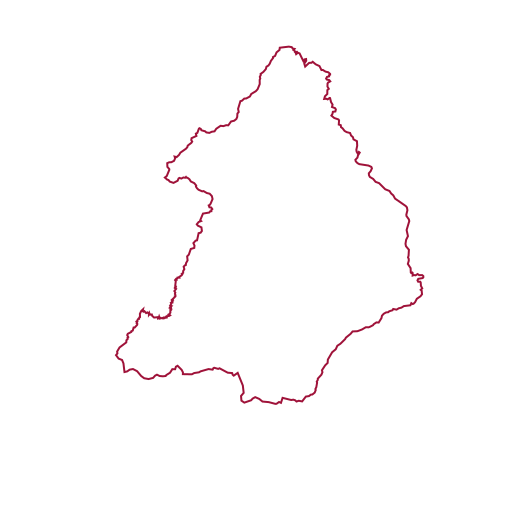 the district of La Unión, Antioquia, Colombia, rotated 229°
{"feature_id": "7082276B25571506538926", "entity_name": "La Unión", "entity_type": "district", "adm_level": 2, "iso_a3": "COL", "parent_name": "Colombia", "parent_adm1": "Antioquia", "projection": "orthographic", "projection_center": [-75.352, 5.952], "detail": "fine", "context": "isolated", "style": "outline", "palette": "rose", "viewbox_px": 512, "rotation_deg": 229, "n_neighbors": 0, "source": "geoboundaries", "source_scale": "gbopen_adm2", "svg_char_len": 6150}
<svg xmlns="http://www.w3.org/2000/svg" viewBox="0 0 512 512"><g transform="rotate(229 256 256)"><path d="M392.5,418.1L397.6,410.6L396.1,408.9L396.2,405.1L394.5,401.7L395.0,399.3L394.2,398.7L393.5,395.3L392.1,392.5L391.6,390.3L392.0,388.1L390.6,386.0L390.1,382.3L390.4,378.9L389.5,378.4L388.7,376.4L387.2,375.7L386.5,374.3L383.3,371.6L380.8,366.6L380.5,364.0L381.4,358.8L380.4,356.0L381.3,352.0L382.5,350.4L382.4,347.2L383.1,345.8L378.8,339.0L376.0,337.4L375.7,335.4L373.3,333.1L372.3,331.1L372.4,328.3L373.9,325.4L372.8,320.8L374.3,319.3L375.4,316.6L377.5,314.7L378.1,309.5L377.3,306.5L378.8,304.1L379.5,301.6L381.8,299.6L383.5,299.4L386.7,297.3L388.1,297.7L389.5,297.2L389.6,296.5L387.4,292.5L387.8,290.9L385.7,289.8L387.2,284.7L386.0,283.2L384.2,282.9L383.8,281.4L384.1,276.9L383.2,275.6L382.9,273.6L383.6,266.7L382.8,264.3L382.7,261.0L384.4,259.8L382.8,259.1L381.6,256.6L382.3,253.7L383.7,251.9L384.3,249.9L381.4,247.6L378.6,247.6L377.9,247.1L374.9,241.1L375.0,238.7L371.8,239.1L370.8,239.8L368.8,239.7L365.3,241.7L364.2,246.2L365.3,248.4L365.2,249.4L363.4,250.5L362.9,252.7L361.5,253.9L361.6,255.0L360.8,254.9L360.0,255.6L357.7,256.1L355.0,255.7L351.5,257.2L348.4,257.1L347.8,256.2L345.7,255.9L343.7,256.1L340.1,257.8L339.4,259.0L335.8,260.2L333.4,261.9L330.2,262.0L327.5,260.6L325.3,256.1L324.9,254.6L325.2,253.5L323.3,252.8L322.0,254.0L320.1,253.8L320.0,252.5L319.1,251.7L319.8,250.7L319.5,249.2L322.8,243.8L319.6,237.4L318.4,237.5L319.3,235.0L318.8,232.1L317.1,232.0L313.4,233.6L310.4,231.6L309.9,229.5L310.9,227.7L306.5,221.8L307.2,220.5L306.8,217.2L304.2,216.4L302.6,214.7L304.1,211.4L301.1,206.2L300.9,203.8L297.6,201.5L296.5,198.5L295.2,197.0L295.6,196.2L295.4,194.4L293.1,193.3L292.4,191.1L291.1,190.0L291.2,188.3L290.5,188.3L290.2,187.2L290.6,184.1L290.0,183.9L291.2,182.6L290.8,182.1L291.1,181.2L290.4,180.7L291.1,180.3L290.9,179.1L289.7,179.0L286.6,175.6L285.7,175.6L285.6,174.5L285.0,174.6L284.9,173.8L283.6,174.1L283.1,171.4L281.3,171.1L280.6,169.9L279.4,169.6L278.5,168.8L278.8,168.2L278.3,167.8L278.1,163.9L277.5,164.2L277.3,163.5L276.7,163.7L276.6,162.4L275.8,162.3L276.4,161.0L275.5,160.7L274.9,158.8L273.7,159.4L273.7,158.5L273.0,158.1L273.8,158.0L273.5,156.9L272.5,157.4L272.0,156.4L271.0,156.3L270.9,155.4L269.4,154.2L269.1,152.6L268.4,153.3L269.0,151.9L267.6,152.2L267.8,151.1L269.3,148.9L269.2,148.3L268.5,148.6L268.1,148.3L269.1,146.6L269.8,146.4L269.4,145.5L269.9,144.9L270.4,145.2L271.8,142.5L272.3,143.1L272.7,142.7L273.7,143.1L273.0,142.0L273.2,141.0L274.4,141.6L276.4,138.7L279.0,138.4L280.2,139.0L281.1,137.7L282.3,137.9L282.0,136.7L283.3,137.8L283.2,137.2L284.7,137.0L285.0,135.6L287.6,135.6L287.7,134.6L288.8,134.2L289.9,135.7L289.8,133.3L288.5,130.4L286.0,128.4L286.2,127.6L285.3,126.6L285.8,126.0L285.3,124.2L284.7,123.8L284.9,123.0L284.2,123.1L283.8,121.9L282.6,121.9L282.0,121.1L281.6,117.5L282.3,116.7L280.6,114.1L281.0,112.5L280.5,112.0L281.4,108.2L280.8,106.9L278.6,106.4L278.6,105.4L277.6,104.8L277.4,102.9L275.9,101.4L276.5,93.0L275.0,88.5L273.4,87.5L273.0,85.3L268.7,85.0L265.4,86.7L261.9,85.5L254.7,80.6L253.4,83.1L253.1,86.1L251.4,89.0L247.1,90.7L240.8,90.6L237.1,91.4L233.6,94.2L231.5,98.4L231.9,101.3L231.4,103.4L228.7,104.5L226.3,106.8L224.7,109.1L225.0,110.2L224.3,114.5L225.5,118.6L223.6,120.7L225.0,122.9L224.6,124.8L218.8,125.2L216.1,124.5L214.8,123.3L208.8,130.0L208.2,132.6L205.6,136.7L205.3,138.5L201.8,146.0L198.7,148.7L199.3,150.2L199.1,151.1L195.6,153.4L195.2,154.8L186.5,158.1L183.3,161.2L181.7,160.5L180.3,160.7L179.8,165.5L166.9,161.1L160.8,156.9L160.2,152.9L156.4,150.1L153.0,151.0L150.3,157.7L150.6,159.9L150.0,162.8L146.0,164.7L141.9,165.4L137.3,169.8L131.7,173.6L131.0,174.6L130.7,177.6L128.8,178.5L131.5,183.0L124.2,188.1L123.1,189.9L121.4,190.9L119.6,191.1L118.7,193.3L116.0,195.4L117.2,201.4L115.5,204.1L115.4,206.4L114.5,207.7L114.4,210.7L115.7,213.2L116.6,213.5L117.4,215.4L120.3,219.0L121.3,219.4L122.0,221.4L122.9,222.2L123.5,227.5L124.7,229.9L126.5,230.8L128.1,236.5L128.3,239.9L130.7,242.3L133.4,250.3L133.3,255.0L134.9,258.5L134.4,262.1L134.8,268.7L135.4,270.3L135.2,276.3L135.7,279.4L132.7,283.2L131.0,287.8L130.2,292.1L128.3,294.2L127.8,295.6L127.0,298.9L127.3,300.1L126.9,303.3L125.3,304.9L126.8,309.9L128.3,311.9L128.6,314.5L128.1,317.1L126.8,319.0L126.9,320.3L125.5,323.4L126.0,324.8L123.3,326.9L122.9,329.4L121.6,331.9L121.2,334.7L117.5,340.2L118.5,342.3L117.0,342.7L116.6,343.6L116.8,345.8L118.2,349.3L117.7,353.7L118.2,356.2L121.2,358.3L122.4,358.1L122.5,360.2L125.3,360.9L127.9,362.9L128.8,363.1L130.2,361.5L131.7,361.9L132.3,363.5L130.0,367.3L130.2,368.4L131.1,369.1L132.5,368.9L134.5,366.6L136.4,366.1L136.7,363.8L138.0,362.7L138.5,361.4L140.4,363.1L141.0,363.1L141.3,362.0L142.0,362.0L145.4,364.7L150.4,365.4L152.2,368.2L153.7,369.4L155.2,369.8L156.1,371.3L160.4,375.5L165.0,375.6L167.1,376.8L169.7,379.9L171.3,383.7L176.8,386.7L181.8,394.6L183.4,395.4L187.5,395.8L188.6,396.6L191.2,400.3L193.7,401.8L195.5,401.8L208.1,398.6L211.7,399.4L214.5,399.0L217.5,399.4L221.6,397.3L230.2,396.7L233.5,394.9L237.3,395.0L241.0,393.8L242.9,394.3L244.4,395.4L244.8,398.2L246.1,401.0L247.6,401.5L250.5,400.2L257.6,394.2L259.6,393.5L262.0,393.4L263.4,394.1L263.7,397.1L265.0,398.9L266.0,402.1L267.1,401.9L266.7,400.0L268.7,400.4L270.3,401.4L272.8,404.7L276.4,407.5L280.1,406.1L282.0,407.1L284.6,406.8L287.1,407.7L290.0,405.7L292.3,404.9L295.6,405.1L297.5,404.7L299.1,405.8L300.9,404.7L303.9,407.7L305.0,407.8L308.8,405.6L312.5,405.0L313.1,407.0L314.4,408.6L313.0,410.7L314.2,412.4L315.6,412.7L318.6,411.1L320.0,413.1L322.9,413.6L326.6,415.5L327.0,415.2L327.2,412.8L328.6,412.2L329.8,410.5L331.3,412.8L331.5,416.1L334.4,418.7L334.4,420.6L337.0,421.1L339.2,423.1L339.6,424.2L339.1,426.6L340.7,426.7L342.7,425.2L343.9,425.3L344.6,427.1L343.6,429.0L344.5,429.7L344.2,430.9L344.8,431.4L347.2,431.1L349.6,429.4L352.6,428.5L353.4,427.4L357.7,428.5L361.5,426.8L365.4,426.2L365.4,424.7L366.9,422.8L366.7,417.4L369.6,418.7L370.4,422.0L371.8,423.0L372.5,421.7L371.6,420.5L371.7,419.5L380.3,421.8L381.9,421.0L382.0,418.7L382.8,419.0L383.5,420.5L384.6,419.2L385.9,419.9L386.9,419.5L387.1,420.9L388.6,419.8L390.2,420.0L392.5,418.1Z" fill="none" stroke="#9f1239" stroke-width="2"/></g></svg>